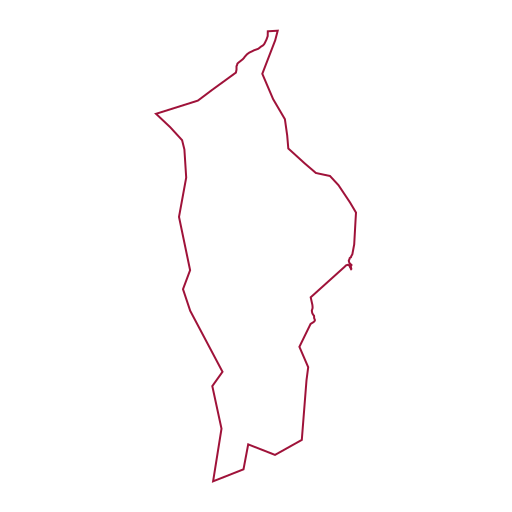 outline of Zu'unxangai, Uvs, Mongolia
{"feature_id": "93677404B68741941608611", "entity_name": "Zu'unxangai", "entity_type": "district", "adm_level": 2, "iso_a3": "MNG", "parent_name": "Mongolia", "parent_adm1": "Uvs", "projection": "mercator", "projection_center": [95.512, 49.26], "detail": "fine", "context": "isolated", "style": "outline", "palette": "rose", "viewbox_px": 512, "rotation_deg": 0, "n_neighbors": 0, "source": "geoboundaries", "source_scale": "gbopen_adm2", "svg_char_len": 1894}
<svg xmlns="http://www.w3.org/2000/svg" viewBox="0 0 512 512"><path d="M156.0,113.8L170.2,127.2L182.1,140.2L184.4,149.5L186.2,177.6L179.0,216.9L190.1,270.2L183.0,289.2L190.2,310.8L222.5,371.8L212.3,386.1L221.5,428.7L213.1,481.3L243.5,469.3L248.2,444.4L275.0,454.9L301.8,439.9L306.5,380.2L308.2,367.2L299.4,346.8L310.6,323.9L312.9,322.5L313.9,321.8L314.6,321.0L314.9,320.2L314.8,319.6L314.6,319.2L314.2,318.3L314.1,317.6L314.1,316.8L314.1,316.3L314.0,315.7L313.7,315.4L313.1,314.6L312.6,313.8L312.3,313.2L312.1,312.4L311.8,310.6L312.5,308.4L312.6,307.2L312.4,305.0L310.7,297.3L344.6,266.8L346.0,265.4L346.8,265.1L347.5,264.9L348.0,264.8L348.3,265.0L348.6,265.3L349.1,265.5L349.6,265.9L349.9,266.3L350.0,266.7L350.0,267.1L350.1,267.3L350.5,267.6L350.6,267.8L350.7,268.4L350.9,268.9L351.1,269.2L351.3,269.0L351.3,268.6L351.2,268.2L351.0,267.8L351.0,267.6L351.0,267.4L350.9,267.1L350.5,266.7L350.2,266.4L350.3,266.2L350.8,266.0L351.2,265.7L351.4,265.3L351.5,265.0L351.4,264.8L351.2,264.7L350.5,264.5L350.3,264.5L350.3,264.3L350.4,264.2L350.5,264.1L350.4,263.9L349.6,263.3L349.3,262.5L349.0,261.8L348.9,261.2L348.8,260.9L348.8,260.6L348.9,260.2L349.3,259.6L349.5,259.1L349.6,258.4L349.7,258.1L350.1,257.7L350.5,257.5L350.9,257.3L351.1,256.9L351.2,256.3L351.3,256.1L351.5,255.7L351.7,255.3L352.0,254.9L352.2,254.6L352.4,254.0L354.2,244.4L355.5,221.0L356.0,212.6L350.1,202.6L338.5,185.2L330.0,176.0L315.9,173.0L304.6,163.3L288.3,148.5L287.2,135.5L284.9,119.2L273.1,99.1L262.3,73.8L275.2,40.3L277.7,30.7L267.8,31.3L267.7,36.1L266.5,39.5L265.0,42.6L264.2,44.1L263.0,45.4L261.0,46.6L258.9,48.3L258.2,48.8L256.0,49.6L254.0,50.3L252.3,51.2L249.3,52.6L247.1,54.2L245.8,55.6L244.5,57.1L244.0,57.9L242.7,59.3L241.4,60.3L240.3,61.2L239.0,62.2L237.7,63.3L237.3,63.9L237.1,65.0L236.5,66.2L236.5,67.8L236.5,69.7L235.9,72.6L212.1,89.9L197.9,100.6L156.0,113.8Z" fill="none" stroke="#9f1239" stroke-width="2"/></svg>